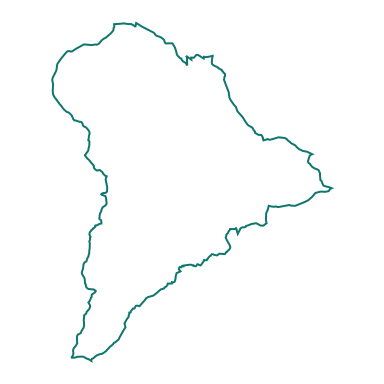 Toplita, Harghita, Romania (Equal Earth projection)
{"feature_id": "2599482B58204305263663", "entity_name": "Toplita", "entity_type": "district", "adm_level": 2, "iso_a3": "ROU", "parent_name": "Romania", "parent_adm1": "Harghita", "projection": "equal_earth", "projection_center": [25.313, 46.98], "detail": "fine", "context": "isolated", "style": "outline", "palette": "teal", "viewbox_px": 384, "rotation_deg": 0, "n_neighbors": 0, "source": "geoboundaries", "source_scale": "gbopen_adm2", "svg_char_len": 5836}
<svg xmlns="http://www.w3.org/2000/svg" viewBox="0 0 384 384"><path d="M91.4,361.0L91.3,360.1L91.9,358.9L93.4,358.2L94.9,356.8L96.9,355.3L99.2,354.4L102.5,353.6L105.1,351.8L106.7,350.5L107.1,349.7L108.2,348.8L109.4,347.3L112.9,344.4L113.8,342.9L114.8,342.6L118.7,339.4L119.5,337.5L123.4,330.5L125.5,327.3L124.5,323.4L124.6,323.1L125.0,322.7L125.8,320.9L127.5,318.3L128.6,317.0L128.6,315.8L129.2,314.5L129.3,312.6L130.7,312.4L130.7,311.8L131.4,310.5L133.0,308.5L134.4,308.5L135.8,305.9L137.4,305.6L139.5,306.2L144.5,300.5L146.2,298.2L148.0,297.1L153.3,295.6L156.1,293.5L160.8,289.4L163.8,288.6L164.3,288.2L164.4,287.6L164.6,287.4L166.3,286.5L167.6,284.7L167.7,283.6L171.9,283.5L172.0,282.1L173.7,282.3L174.6,281.8L175.4,279.6L175.7,276.5L176.1,274.6L176.6,273.1L180.5,271.4L178.8,269.2L179.5,267.2L180.1,267.0L181.2,267.3L181.6,267.0L182.3,265.8L183.5,266.3L183.6,265.8L183.9,265.8L184.0,265.5L189.9,264.7L191.6,264.8L193.3,265.8L193.7,265.4L194.2,265.9L195.5,266.3L196.3,265.8L197.4,264.2L200.5,265.4L201.4,264.5L203.6,261.4L203.6,260.9L203.9,260.2L204.2,260.0L204.4,260.3L206.5,260.2L206.8,259.7L207.0,259.8L208.6,257.4L210.4,255.7L210.8,255.7L211.1,254.9L211.7,254.3L213.0,254.2L214.5,255.0L217.2,255.4L218.6,254.1L219.4,253.7L224.8,254.1L225.7,253.0L225.9,252.4L227.1,251.7L227.3,251.2L229.2,249.6L230.1,248.1L230.3,247.0L229.6,244.9L226.8,240.1L225.7,237.4L226.4,235.5L226.3,234.7L227.9,233.0L228.7,231.1L229.6,230.3L230.1,229.0L234.9,229.1L235.9,228.2L236.6,229.3L237.0,231.6L237.5,232.5L237.8,233.8L239.7,230.0L240.1,229.6L240.3,228.6L241.4,227.7L242.6,227.3L244.4,227.3L245.7,226.8L246.0,226.0L246.7,225.7L247.8,225.5L251.8,223.9L253.7,223.7L255.2,223.3L256.4,223.3L260.5,225.5L262.1,225.7L263.6,225.5L266.6,223.1L265.9,220.0L266.2,213.1L267.8,209.7L268.7,205.8L271.5,206.5L274.3,206.8L275.9,206.4L277.5,207.0L278.7,207.0L289.4,205.0L290.9,205.6L293.8,205.8L295.5,205.7L304.8,202.0L308.3,200.2L312.1,196.9L315.4,193.0L319.7,191.8L321.4,191.6L325.1,191.8L328.4,191.2L329.3,190.3L330.0,189.0L331.7,188.2L328.3,186.9L326.9,186.7L323.7,185.8L322.8,184.3L321.4,180.8L320.3,179.9L320.4,179.6L320.0,175.4L320.0,173.2L318.6,170.2L318.2,169.8L314.4,168.3L312.4,167.0L310.5,164.9L310.1,163.9L308.4,162.8L308.0,161.5L308.1,160.8L309.4,156.5L310.1,155.4L311.1,154.6L312.2,154.2L307.0,151.7L303.0,151.0L299.0,149.1L297.3,147.7L295.3,145.4L291.0,143.1L289.5,141.6L289.1,141.5L287.4,140.0L287.0,139.3L284.9,138.0L278.5,137.3L272.2,139.2L269.4,139.8L267.3,139.0L266.7,139.5L263.5,140.4L262.8,138.5L263.1,138.3L262.3,136.4L261.4,135.0L258.3,134.8L255.1,132.9L255.0,131.7L253.6,130.0L252.3,127.6L248.7,125.6L247.6,124.7L245.6,121.9L242.7,117.2L237.5,111.4L235.9,107.0L233.8,104.6L230.5,99.9L229.3,97.3L229.3,96.1L228.9,94.3L228.9,92.8L224.0,79.8L224.5,76.9L225.1,76.0L224.9,74.9L225.0,74.0L224.2,73.1L223.4,72.6L223.3,72.0L222.0,70.7L222.0,70.2L219.1,68.5L218.5,68.4L218.0,67.6L216.8,66.8L214.5,65.9L212.3,64.4L211.9,63.4L211.8,61.9L212.3,57.7L212.7,56.1L212.7,55.8L208.5,56.8L205.7,57.2L204.0,56.8L203.7,58.5L198.1,55.0L196.4,54.9L193.9,57.7L191.2,57.6L191.4,59.7L186.1,55.9L186.9,57.3L187.2,65.5L185.7,62.9L183.1,61.4L181.9,60.1L181.3,58.6L179.7,57.8L177.9,56.0L176.9,54.6L176.1,51.1L175.0,47.7L172.6,43.5L171.9,43.3L165.7,43.4L164.8,42.5L164.1,40.0L162.7,38.6L160.4,37.1L156.2,35.6L155.4,34.9L154.5,33.4L153.6,32.6L141.9,26.6L136.2,23.0L135.5,26.4L134.9,26.4L134.2,25.7L131.1,24.0L128.7,24.1L123.5,23.4L121.1,23.7L114.1,24.2L114.3,25.4L114.2,26.9L113.6,28.0L113.5,29.8L112.9,31.0L110.5,33.7L105.8,37.7L103.5,38.9L102.4,39.7L100.9,41.2L99.1,43.5L98.1,44.2L96.7,44.7L94.8,44.5L92.0,45.1L83.9,44.4L76.5,48.5L72.0,51.4L70.8,51.5L69.2,51.1L67.4,51.3L65.8,52.9L61.0,58.7L57.5,63.7L57.1,65.1L56.6,69.2L56.1,71.0L52.7,77.8L52.3,79.5L52.3,80.5L53.1,84.3L52.7,91.2L53.2,94.6L54.1,96.5L55.4,98.4L56.2,99.3L59.7,104.2L61.5,106.1L62.5,107.7L64.0,109.5L66.6,111.8L68.3,112.4L69.4,113.1L71.7,115.4L73.4,119.4L74.5,120.4L75.4,120.4L79.2,121.7L80.5,121.8L81.3,122.1L82.2,122.9L82.6,123.8L82.8,125.3L84.0,126.5L86.2,127.5L88.8,130.7L89.3,131.8L89.6,133.0L89.5,134.3L89.0,135.6L88.7,138.3L88.3,140.3L89.2,141.1L89.4,141.6L89.3,145.4L88.5,148.7L88.4,150.0L87.9,151.2L84.9,155.2L87.3,158.5L89.1,160.0L90.5,161.9L93.6,165.4L93.9,166.0L93.7,167.0L94.0,167.9L94.9,169.1L96.6,170.4L97.7,170.5L99.3,170.0L99.8,170.1L102.1,171.9L102.6,172.5L103.1,173.6L105.1,175.7L106.7,176.3L105.8,178.3L105.7,180.0L106.1,181.4L106.1,182.2L106.7,183.9L106.6,184.9L107.1,186.3L107.2,188.4L107.0,191.5L105.8,192.8L103.1,193.1L101.8,193.7L101.3,194.2L102.0,194.9L105.3,196.0L106.0,197.8L106.0,198.8L106.3,199.7L106.2,200.7L106.7,203.0L106.2,204.5L105.2,205.7L103.1,206.9L102.6,207.5L101.8,208.8L101.0,211.8L100.3,212.8L99.6,215.6L99.6,217.0L99.3,218.0L99.4,218.9L99.8,219.4L100.8,220.0L101.1,220.4L101.3,221.0L101.4,223.5L99.2,224.0L97.2,225.2L95.3,225.5L95.1,226.2L95.4,226.3L95.4,226.5L94.4,227.7L92.9,228.6L92.8,229.1L91.5,230.0L91.5,230.3L90.4,231.4L89.7,232.6L89.4,234.5L89.9,235.7L90.5,236.7L90.5,237.0L89.9,237.8L90.1,239.7L89.3,241.4L89.9,244.0L89.7,245.1L89.7,248.2L89.4,249.7L89.1,254.0L88.6,255.0L88.5,256.2L86.9,259.3L86.5,261.3L84.4,262.5L83.5,264.5L83.1,268.1L81.8,272.5L82.2,274.4L84.0,277.2L84.7,279.0L85.0,283.0L85.1,283.6L85.8,284.4L85.9,286.1L86.3,287.1L87.3,288.3L88.6,289.0L93.9,289.5L95.6,290.8L95.8,291.1L94.7,292.6L91.9,294.5L91.7,295.0L91.6,297.0L91.1,297.5L90.4,299.4L89.7,300.5L89.5,301.4L88.4,302.4L89.9,305.1L90.2,306.7L89.3,308.9L86.6,312.0L86.2,313.5L84.1,315.4L84.1,317.5L83.7,320.2L84.0,322.9L84.1,325.6L83.8,326.9L83.4,328.0L81.5,331.0L81.2,332.1L80.8,332.9L80.1,333.5L77.9,334.6L77.2,335.7L76.9,337.6L77.2,343.2L75.9,345.8L74.0,347.8L73.6,348.5L73.0,350.7L73.4,352.8L73.3,354.3L72.7,355.8L71.7,357.3L71.9,357.7L74.0,357.7L75.3,357.5L77.3,356.8L81.5,356.6L83.6,356.8L86.5,358.5L88.8,359.3L91.4,361.0Z" fill="none" stroke="#0f766e" stroke-width="2"/></svg>